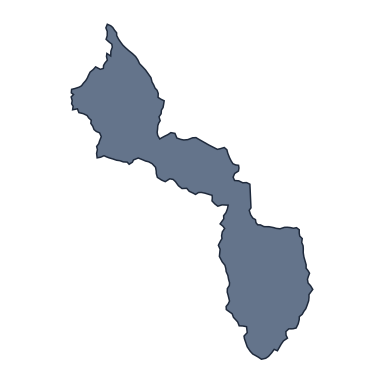 Porciúncula, Rio de Janeiro, Brazil, rotated 272°
{"feature_id": "56859067B7663299308815", "entity_name": "Porciúncula", "entity_type": "district", "adm_level": 2, "iso_a3": "BRA", "parent_name": "Brazil", "parent_adm1": "Rio de Janeiro", "projection": "albers", "projection_center": [-41.956, -20.896], "detail": "fine", "context": "isolated", "style": "filled", "palette": "slate", "viewbox_px": 384, "rotation_deg": 272, "n_neighbors": 0, "source": "geoboundaries", "source_scale": "gbopen_adm2", "svg_char_len": 3368}
<svg xmlns="http://www.w3.org/2000/svg" viewBox="0 0 384 384"><g transform="rotate(272 192 192)"><path d="M87.4,312.4L90.8,312.6L93.6,312.5L96.1,314.2L98.9,316.1L102.5,313.7L105.1,311.2L108.8,310.4L112.3,311.4L114.9,312.3L117.4,310.7L119.8,308.7L123.3,308.6L127.0,307.4L131.0,306.1L135.2,305.3L139.3,305.2L142.1,304.9L145.4,303.4L149.3,303.8L151.7,301.2L154.6,300.6L158.0,300.5L160.0,297.7L159.3,294.7L159.9,291.5L160.1,288.5L159.9,285.6L158.3,281.3L158.6,277.4L159.3,274.7L160.0,270.2L159.9,265.1L161.5,261.6L161.5,258.8L163.6,257.0L166.6,256.4L168.1,253.6L171.3,251.4L175.7,249.8L178.2,251.5L201.8,249.6L203.3,246.2L203.0,242.4L204.8,238.3L205.0,234.1L208.3,232.6L212.0,234.0L214.6,237.7L217.6,238.1L220.3,237.6L220.6,234.6L221.7,231.9L224.3,230.1L227.6,228.3L232.0,226.4L235.4,225.4L237.6,222.7L236.3,218.9L235.5,215.9L239.5,207.3L245.1,196.6L246.5,194.1L246.2,190.7L244.2,186.0L243.7,182.0L244.2,178.9L245.4,175.0L250.0,172.9L250.6,168.8L248.5,165.9L246.8,162.7L245.3,160.1L243.9,157.9L247.5,155.7L250.5,155.1L253.7,155.4L257.1,155.5L259.9,156.4L262.1,157.7L266.0,156.4L269.1,158.4L272.8,158.6L275.4,160.1L278.7,160.6L282.2,161.0L283.7,157.6L285.4,154.8L289.4,154.8L292.5,153.5L294.6,151.4L297.6,150.0L300.6,148.2L304.8,147.0L308.5,144.2L312.3,141.3L315.4,138.2L318.4,135.1L322.0,133.3L325.4,130.9L328.2,127.7L331.1,123.8L334.1,120.2L336.4,117.7L339.4,115.3L342.3,113.2L345.6,111.3L348.5,111.1L351.0,108.9L353.6,107.1L355.3,105.0L356.7,101.5L353.0,100.2L349.6,101.7L345.1,101.8L341.6,100.8L339.2,103.6L337.0,106.7L334.0,107.3L329.8,106.0L325.1,106.0L327.5,102.1L324.4,101.8L320.8,102.8L318.0,100.6L315.4,99.2L312.4,99.1L311.4,96.1L313.7,91.3L311.0,89.1L308.3,86.0L305.0,84.5L302.0,83.3L299.6,81.9L296.7,79.5L294.3,77.9L292.9,75.7L291.3,71.3L290.4,68.1L286.9,67.9L285.3,70.2L282.8,67.9L279.1,69.1L276.0,68.6L273.5,70.2L270.0,69.8L271.1,74.6L267.4,76.2L266.5,80.6L264.8,84.5L262.4,86.2L260.2,88.8L257.0,88.5L254.3,90.5L251.0,91.9L249.2,94.2L247.9,97.6L244.1,99.4L239.7,97.8L237.0,97.1L234.2,95.1L231.1,96.0L227.3,95.3L222.8,96.0L223.6,99.5L225.2,102.8L224.1,105.4L223.2,108.1L222.2,112.0L221.1,115.6L220.8,118.8L219.7,122.2L219.6,126.2L217.5,128.2L219.7,131.4L222.0,132.4L224.1,137.1L222.4,141.8L221.3,144.6L220.7,147.6L218.9,151.2L215.4,154.7L211.7,155.5L209.1,155.7L205.4,156.9L202.8,161.3L201.4,164.9L204.4,169.3L203.9,172.7L201.8,175.1L197.8,178.2L195.1,181.9L195.5,186.6L192.6,189.2L190.9,193.2L189.7,195.6L191.7,198.5L191.9,201.4L191.3,204.9L190.1,209.4L189.4,212.2L186.8,212.5L183.8,212.3L180.9,215.2L178.7,218.3L180.2,222.5L180.1,228.6L176.4,228.0L172.6,226.7L169.4,224.4L166.3,224.7L161.1,221.2L159.0,224.0L156.7,225.9L153.2,223.7L149.2,223.1L146.5,223.6L143.8,222.1L139.7,220.2L135.7,222.1L128.6,221.6L123.3,224.6L119.9,227.5L116.5,228.5L113.7,228.9L109.8,230.8L106.0,231.6L102.6,232.7L99.9,232.6L96.7,230.7L93.1,230.7L90.4,231.6L87.6,232.4L84.3,233.3L81.3,232.0L78.8,230.1L75.7,230.4L74.0,232.9L71.7,236.4L68.2,237.8L63.7,242.2L59.9,243.8L59.9,247.2L59.3,251.2L53.4,252.1L49.8,249.0L47.3,249.5L39.2,252.6L34.8,255.8L32.2,258.4L31.0,260.8L29.2,264.2L27.3,267.2L28.4,271.5L30.4,274.2L34.3,277.4L37.6,279.6L36.3,282.9L43.0,286.4L46.4,288.6L49.3,292.5L52.1,291.0L55.8,290.7L58.6,293.5L58.8,297.6L59.7,300.8L63.9,302.7L68.0,303.6L71.2,303.6L73.6,306.4L76.7,308.0L79.3,309.8L82.8,311.0L87.4,312.4Z" fill="#64748b" stroke="#1e293b" stroke-width="1.5"/></g></svg>